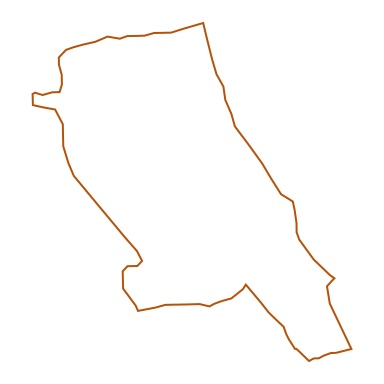 outline of Kesm Al-minya, Al Minya, Egypt
{"feature_id": "37247803B97028957261557", "entity_name": "Kesm Al-minya", "entity_type": "district", "adm_level": 2, "iso_a3": "EGY", "parent_name": "Egypt", "parent_adm1": "Al Minya", "projection": "albers", "projection_center": [30.746, 28.094], "detail": "fine", "context": "isolated", "style": "outline", "palette": "amber", "viewbox_px": 384, "rotation_deg": 0, "n_neighbors": 0, "source": "geoboundaries", "source_scale": "gbopen_adm2", "svg_char_len": 1363}
<svg xmlns="http://www.w3.org/2000/svg" viewBox="0 0 384 384"><path d="M334.4,278.3L329.8,275.0L313.7,259.5L299.3,239.7L296.6,232.2L296.6,227.9L296.5,223.1L294.6,209.8L292.8,201.5L281.0,194.2L271.6,179.3L262.2,163.5L248.5,144.5L236.3,128.3L234.9,126.4L231.4,114.0L225.3,99.9L223.4,86.6L216.5,74.2L212.1,59.3L206.7,37.7L203.2,23.0L183.9,28.6L171.3,32.6L168.9,32.7L163.9,32.8L159.0,32.9L154.1,33.0L144.4,35.7L139.4,35.8L137.0,35.9L127.2,36.1L119.8,38.7L107.5,36.6L107.0,36.8L106.6,37.0L95.3,41.8L83.1,44.6L73.3,47.3L66.0,49.9L61.2,55.0L58.8,57.5L59.0,64.9L61.7,74.7L61.9,84.6L59.6,92.1L52.3,92.3L42.5,95.0L35.1,92.7L32.6,94.0L32.7,97.7L32.8,100.2L32.9,105.1L42.8,107.3L55.1,109.5L62.8,124.2L63.1,139.0L63.3,146.5L68.6,163.7L69.8,166.4L73.8,175.9L124.3,236.6L137.0,251.1L140.2,257.3L142.1,260.9L137.3,266.0L132.4,266.1L127.5,266.2L122.7,271.3L123.1,288.6L135.7,305.6L138.0,310.9L155.4,307.6L165.2,304.9L172.6,304.7L175.0,304.7L182.4,304.5L184.9,304.5L199.6,304.1L209.5,306.4L214.3,303.8L221.6,301.1L231.4,298.4L242.9,289.2L245.3,285.4L245.5,285.0L245.8,284.6L261.0,302.7L268.6,312.4L276.1,319.7L283.7,326.9L286.3,334.3L288.8,339.2L295.0,348.9L296.4,348.9L299.0,351.3L301.5,353.7L309.0,361.0L313.9,358.4L318.8,358.3L323.6,355.7L330.9,353.0L335.8,352.9L351.4,349.0L329.8,303.6L327.0,286.3L331.7,281.0L334.4,278.3Z" fill="none" stroke="#b45309" stroke-width="2"/></svg>